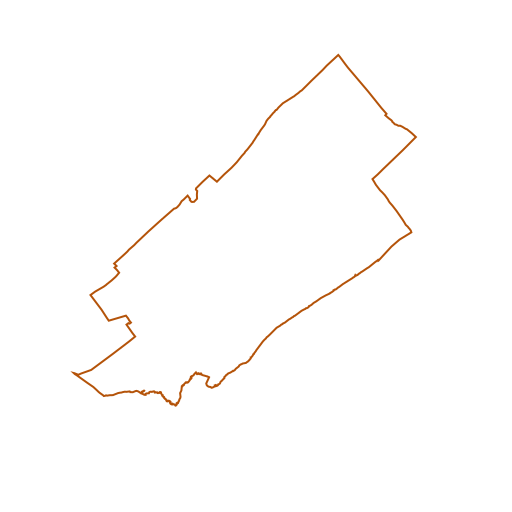 Seaca De Padure, Dolj, Romania (Albers equal-area conic projection), rotated 310°
{"feature_id": "2599482B71880041141531", "entity_name": "Seaca De Padure", "entity_type": "district", "adm_level": 2, "iso_a3": "ROU", "parent_name": "Romania", "parent_adm1": "Dolj", "projection": "albers", "projection_center": [23.279, 44.368], "detail": "fine", "context": "isolated", "style": "outline", "palette": "amber", "viewbox_px": 512, "rotation_deg": 310, "n_neighbors": 0, "source": "geoboundaries", "source_scale": "gbopen_adm2", "svg_char_len": 5964}
<svg xmlns="http://www.w3.org/2000/svg" viewBox="0 0 512 512"><g transform="rotate(310 256 256)"><path d="M360.8,355.4L374.0,359.8L375.0,358.2L375.6,355.8L375.6,355.0L376.0,353.6L376.1,350.7L377.1,348.0L378.0,345.2L380.9,334.5L382.3,328.0L382.9,324.0L383.5,322.0L384.1,320.7L385.4,315.6L385.9,311.7L386.1,308.8L387.6,302.1L388.7,299.1L389.8,295.8L396.7,296.8L404.4,297.5L431.1,300.4L449.9,302.0L450.2,296.5L450.1,290.1L449.6,288.9L449.1,285.2L448.5,282.8L448.4,282.6L447.5,281.7L447.2,281.0L446.9,279.3L446.2,277.9L446.2,276.9L446.4,276.0L446.4,274.8L446.4,274.1L446.8,273.6L447.0,272.4L446.8,269.0L446.9,264.6L448.8,264.6L450.0,256.9L454.1,236.3L459.4,205.3L460.4,200.8L462.5,192.1L462.9,189.8L447.2,187.8L441.5,187.5L425.9,185.8L412.3,184.6L410.5,184.0L408.2,183.7L405.0,182.9L402.7,182.5L402.1,182.2L390.3,178.4L384.4,177.8L382.8,177.8L381.9,177.9L381.0,177.8L380.6,177.4L379.1,177.3L378.8,177.5L375.8,177.2L375.1,177.3L372.0,177.2L371.7,177.4L369.1,177.1L366.3,177.2L362.8,178.2L361.3,178.4L355.4,178.7L352.0,179.2L350.6,179.6L350.2,179.5L350.2,179.3L349.5,179.4L343.5,180.2L341.9,180.3L340.7,180.6L331.9,180.9L329.0,180.7L327.6,181.0L323.5,180.8L315.4,181.0L307.7,180.5L298.1,179.2L287.8,178.3L287.7,168.6L278.3,167.4L269.3,166.6L268.3,167.2L268.0,169.2L265.2,171.1L262.0,174.0L257.7,173.7L256.4,172.4L256.0,171.7L256.4,169.2L257.3,168.9L258.3,164.8L252.7,164.3L250.2,163.8L246.3,164.4L243.0,164.3L241.5,164.0L240.5,163.5L239.6,162.8L223.5,160.3L205.7,157.8L189.3,155.9L186.0,155.7L179.2,154.6L176.8,154.6L174.0,154.3L159.0,152.2L158.7,155.6L156.2,155.1L155.9,158.5L155.2,161.9L151.1,161.9L149.5,161.8L144.5,161.1L138.1,159.8L137.6,159.8L134.5,159.0L125.4,155.7L119.7,154.3L115.6,172.1L112.8,181.2L111.8,184.8L126.7,194.7L126.0,198.1L125.1,200.4L124.6,203.0L123.1,202.7L122.6,202.3L122.5,201.4L120.2,200.9L117.6,210.6L116.6,215.2L109.3,213.8L88.8,209.2L62.8,203.0L53.6,197.6L50.8,196.2L49.5,192.2L49.2,191.6L49.1,193.2L49.4,195.2L50.4,208.2L51.1,215.6L50.9,220.0L50.7,222.7L50.7,224.1L51.0,228.2L51.0,228.9L50.9,229.4L51.8,230.2L52.9,230.7L53.2,231.6L55.4,233.5L57.4,235.8L62.4,238.5L63.9,239.7L64.8,240.6L66.3,241.6L67.8,242.8L68.6,244.0L71.1,246.3L71.1,246.6L70.9,247.2L72.5,249.2L75.0,250.5L75.9,251.2L76.5,252.6L76.7,253.7L76.9,256.1L78.6,255.8L78.9,256.2L79.4,256.4L79.9,256.3L80.4,256.8L80.9,256.8L80.9,257.0L80.6,257.0L79.1,256.5L78.2,256.4L77.4,256.9L77.4,257.4L77.9,259.7L78.7,260.7L79.1,260.4L79.0,260.0L80.2,260.3L82.0,262.2L83.0,261.8L83.8,262.1L84.6,262.8L84.7,263.2L85.1,263.7L86.2,264.3L86.5,264.7L86.8,264.9L86.9,265.7L86.6,265.8L86.3,266.1L86.3,266.3L86.9,266.7L87.3,267.3L87.6,267.4L88.0,267.9L87.8,268.3L87.9,268.6L87.8,268.8L88.0,269.1L88.3,269.2L89.1,269.8L89.2,270.1L89.6,270.1L89.9,269.8L90.4,270.3L90.5,270.8L90.4,271.0L89.7,271.6L89.3,273.3L89.1,273.5L89.3,273.8L88.7,274.1L88.7,274.4L88.9,275.1L88.8,275.4L88.4,275.8L88.4,276.0L88.8,276.4L88.6,276.7L88.2,276.9L88.0,278.0L88.4,278.4L88.3,279.0L88.1,279.4L88.0,279.9L87.6,280.2L87.4,280.9L87.5,281.4L88.0,281.5L88.5,282.0L88.8,281.8L89.2,282.4L89.4,283.1L88.9,283.6L89.4,283.9L89.4,284.1L88.3,284.5L88.2,284.7L88.4,284.8L88.5,285.3L87.9,285.6L87.9,286.0L88.1,286.8L88.3,287.0L88.9,286.5L89.1,286.6L89.2,286.9L88.9,287.1L88.8,287.4L88.8,287.7L89.5,288.2L89.7,288.5L89.8,289.9L89.6,290.5L89.8,290.7L91.2,290.8L92.0,289.8L92.7,289.9L92.8,290.1L92.6,290.5L93.1,290.8L94.1,290.5L94.7,290.1L95.6,290.2L96.8,289.5L98.7,289.2L99.7,288.6L102.2,286.0L105.0,285.3L108.4,283.0L108.7,283.3L109.3,282.9L109.9,282.9L110.1,283.0L110.0,283.5L110.3,283.6L110.8,283.7L111.6,283.3L112.4,283.3L113.1,283.5L114.0,283.4L114.4,283.6L114.5,284.5L115.2,284.7L115.2,285.0L115.6,285.2L118.3,285.1L118.7,284.7L119.4,284.6L119.9,285.1L120.5,284.9L120.9,285.1L121.1,285.0L121.1,284.0L121.3,283.9L121.6,284.5L122.6,283.9L123.0,284.3L124.3,284.8L125.0,284.7L125.4,284.8L125.9,284.6L128.2,284.8L127.6,286.3L127.6,286.8L127.9,286.9L128.2,287.2L128.5,287.2L128.8,286.9L129.1,287.1L129.0,287.8L129.0,288.2L129.2,288.3L129.4,288.1L129.6,288.3L129.4,288.7L129.4,289.1L129.6,289.4L130.5,289.2L130.7,289.4L130.5,289.9L130.5,290.2L130.2,291.2L131.9,294.9L132.2,295.8L132.6,296.3L132.6,296.8L133.0,297.8L133.0,298.0L126.4,299.8L125.5,301.1L125.3,301.7L125.3,303.0L125.6,304.1L126.5,305.4L126.5,305.8L126.4,306.2L126.6,306.8L127.8,307.5L128.6,307.8L129.0,308.0L129.9,308.1L129.9,308.3L130.2,308.4L130.7,308.2L130.8,308.0L130.8,307.8L131.4,308.1L131.4,308.3L130.5,308.5L130.4,308.9L131.9,309.8L133.0,309.9L133.3,309.6L133.8,309.9L134.9,310.3L135.6,310.2L136.5,309.8L137.6,309.8L138.2,310.0L140.3,310.0L140.6,310.2L141.5,310.1L142.0,310.3L142.3,310.2L142.8,309.6L143.3,309.6L144.5,309.8L145.0,309.7L145.7,309.7L147.0,310.2L147.6,310.0L148.6,310.4L150.2,311.3L152.7,312.1L153.2,312.2L153.2,312.5L154.9,313.1L156.6,313.0L160.3,313.8L161.4,313.5L163.2,314.0L163.8,314.5L164.9,314.8L167.6,317.0L169.0,317.3L169.7,317.6L171.5,317.7L171.8,317.9L172.6,317.7L173.9,317.8L174.4,317.7L174.9,317.2L175.2,317.5L177.4,317.5L179.1,317.1L179.2,317.3L179.4,317.4L180.5,317.1L183.1,317.0L183.9,316.8L194.9,316.2L197.2,316.3L199.3,316.6L200.4,316.4L201.0,316.5L201.5,316.7L204.6,317.1L214.3,317.9L218.2,319.3L219.5,319.4L220.7,320.0L221.3,319.9L221.5,320.1L222.2,320.3L223.4,320.9L228.6,322.0L230.0,322.6L232.0,323.1L233.1,323.6L234.4,323.7L235.2,324.2L243.3,326.1L246.0,327.2L247.2,327.8L248.0,327.8L248.8,328.5L250.1,329.0L250.9,329.1L251.7,328.8L252.0,329.1L254.2,329.9L257.1,330.3L259.9,331.3L265.4,332.7L270.8,334.8L274.2,336.4L274.8,336.4L275.0,336.7L275.3,336.8L276.2,336.9L276.8,337.2L279.1,337.8L279.7,337.8L279.8,337.5L281.1,338.0L281.3,338.4L281.7,338.6L283.5,339.0L284.5,339.1L285.8,339.6L290.3,340.6L301.1,344.1L302.0,344.2L302.5,344.5L303.7,344.8L305.1,344.4L304.9,345.1L306.2,345.7L306.6,345.7L306.8,346.0L308.7,346.2L309.1,346.5L311.3,346.9L312.2,347.3L318.2,349.0L319.8,349.6L328.6,351.3L329.7,351.7L329.8,351.9L330.4,351.8L331.5,352.0L331.3,352.8L350.3,353.7L360.8,355.4Z" fill="none" stroke="#b45309" stroke-width="2"/></g></svg>